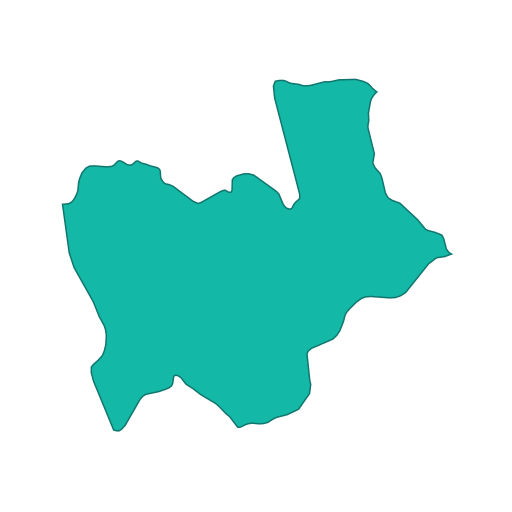 Kémo, orthographic projection, rotated 255°
{"feature_id": "CAF-808", "entity_name": "Kémo", "entity_type": "Prefecture", "adm_level": 1, "iso_a3": "CAF", "parent_name": "Central African Republic", "parent_adm1": "", "projection": "orthographic", "projection_center": [19.388, 5.737], "detail": "fine", "context": "isolated", "style": "filled", "palette": "teal", "viewbox_px": 512, "rotation_deg": 255, "n_neighbors": 0, "source": "natural_earth", "source_scale": "10m", "svg_char_len": 2625}
<svg xmlns="http://www.w3.org/2000/svg" viewBox="0 0 512 512"><g transform="rotate(255 256 256)"><path d="M383.2,415.1L381.3,411.9L378.6,408.7L375.3,406.4L364.7,401.5L357.6,400.0L352.9,397.8L350.7,397.3L324.1,396.8L315.5,392.8L310.7,393.7L303.4,397.3L298.6,397.8L283.3,397.3L278.1,398.6L274.6,401.8L269.7,408.7L248.8,421.7L237.8,426.7L236.1,428.7L232.6,434.9L228.1,440.9L224.3,441.8L213.5,441.7L209.5,443.2L207.3,445.3L207.3,445.2L206.6,438.3L207.5,430.5L207.4,429.4L203.8,420.7L182.0,391.1L180.2,385.5L179.8,379.9L181.0,374.2L187.2,356.4L188.2,350.9L187.6,346.6L185.6,341.2L180.6,332.4L177.7,328.4L175.3,326.4L170.2,323.6L162.1,317.6L158.5,313.5L155.9,308.8L152.5,285.9L150.8,282.0L148.3,279.9L121.8,275.7L117.8,275.6L109.3,272.1L97.0,257.5L94.7,245.2L94.8,234.3L94.1,230.3L92.2,224.3L92.2,219.9L93.1,215.5L95.6,208.9L96.0,204.8L95.7,201.2L94.8,197.0L94.9,195.1L95.4,194.0L107.7,188.9L112.3,185.7L119.7,181.7L123.8,179.0L136.6,166.6L144.7,160.4L149.2,156.2L150.8,155.0L158.0,152.0L160.9,149.3L161.7,147.2L161.2,145.6L159.4,144.6L154.4,142.5L152.4,140.8L151.2,137.8L150.6,133.4L150.2,127.1L150.9,113.9L149.9,110.5L147.6,107.0L126.3,85.8L123.4,81.2L122.6,78.6L122.9,77.0L123.2,76.3L124.7,73.5L177.1,66.7L185.8,66.7L191.4,68.2L193.5,71.2L196.2,76.7L199.6,81.8L203.7,85.0L209.2,88.0L218.0,90.9L223.7,91.6L228.3,91.3L238.1,88.9L253.9,87.0L291.9,77.3L307.2,76.4L356.0,82.5L355.0,88.3L355.2,89.7L355.8,91.8L356.9,93.6L358.6,95.6L360.7,97.6L363.1,99.5L365.4,100.9L372.9,103.7L376.3,105.6L381.4,109.5L384.9,114.4L385.9,118.5L384.8,123.4L380.8,134.7L379.9,139.6L380.5,142.4L383.3,147.0L383.3,149.0L381.9,151.1L377.4,155.4L376.2,158.2L376.4,160.2L378.6,164.7L378.5,166.1L377.6,167.3L376.4,168.3L375.2,169.7L373.3,173.2L370.2,177.6L367.0,183.3L365.7,184.6L364.2,185.4L362.1,185.4L358.1,184.5L356.5,184.3L355.2,184.4L353.7,184.7L352.3,185.2L351.0,185.8L350.0,186.4L349.3,187.1L348.7,188.0L347.6,190.4L344.8,193.9L325.1,209.4L321.7,213.7L321.9,216.8L327.4,238.2L327.8,241.1L327.7,242.6L327.4,243.4L324.6,246.2L324.2,247.6L324.3,248.7L325.0,249.4L326.1,250.0L335.6,252.8L337.3,254.7L338.4,258.0L338.5,265.4L337.3,270.3L334.7,274.8L313.0,292.5L310.0,294.1L299.2,295.6L296.8,296.4L294.5,297.7L292.6,300.3L292.5,302.1L293.3,303.6L294.9,304.8L296.4,306.4L297.7,308.2L300.1,313.0L304.4,314.2L403.7,314.9L415.6,316.8L419.8,319.8L419.6,323.4L418.9,326.6L418.0,328.8L416.9,330.4L414.8,332.8L413.6,334.7L410.7,341.8L408.5,345.2L407.5,347.9L406.7,352.2L406.5,367.2L405.4,371.3L405.0,374.6L404.7,381.6L400.8,398.0L396.7,405.1L393.7,408.7L390.5,410.6L388.4,411.5L383.3,414.9L383.2,415.1Z" fill="#14b8a6" stroke="#0f766e" stroke-width="1.5"/></g></svg>